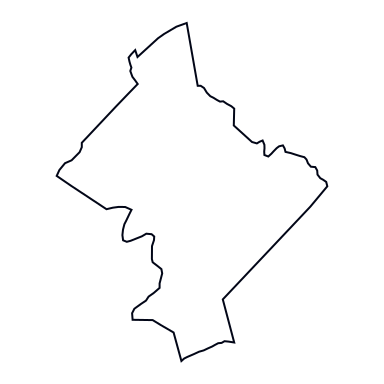 Santa Luzia, Paraíba, Brazil (orthographic projection)
{"feature_id": "56859067B37147580586043", "entity_name": "Santa Luzia", "entity_type": "district", "adm_level": 2, "iso_a3": "BRA", "parent_name": "Brazil", "parent_adm1": "Paraíba", "projection": "orthographic", "projection_center": [-36.906, -6.919], "detail": "fine", "context": "isolated", "style": "outline", "palette": "ink", "viewbox_px": 384, "rotation_deg": 0, "n_neighbors": 0, "source": "geoboundaries", "source_scale": "gbopen_adm2", "svg_char_len": 1572}
<svg xmlns="http://www.w3.org/2000/svg" viewBox="0 0 384 384"><path d="M135.2,50.1L131.3,54.2L128.6,57.6L129.5,61.7L130.4,64.8L131.4,67.6L130.3,71.0L132.4,76.8L135.0,80.2L137.7,84.0L128.3,93.7L115.9,106.6L81.8,142.8L81.8,147.2L79.6,152.2L71.6,160.3L65.0,163.2L59.4,170.0L56.7,175.9L71.4,186.0L106.5,209.2L112.8,207.7L118.7,206.9L125.2,207.0L131.5,209.8L129.4,214.0L126.2,220.7L124.4,224.2L123.0,229.7L122.4,235.1L123.1,240.3L126.8,241.8L130.6,240.8L141.9,236.3L146.3,233.7L151.6,234.2L154.2,236.5L154.0,240.1L152.0,246.1L151.9,259.1L152.7,262.3L156.9,265.5L161.4,269.1L162.2,273.4L159.6,283.4L159.6,287.9L153.7,293.0L148.6,296.6L146.0,300.6L140.9,304.0L134.4,308.7L132.1,313.2L132.6,319.8L152.7,320.1L160.7,325.0L173.6,332.5L181.4,361.0L184.2,358.5L187.2,357.0L190.9,355.4L193.9,354.1L199.1,351.7L203.7,350.4L208.1,348.3L212.2,346.5L214.8,345.0L218.2,343.2L221.6,342.9L224.5,341.2L228.6,341.6L234.2,342.5L222.8,299.4L231.4,290.3L310.3,206.7L327.3,186.3L326.2,181.9L323.2,179.8L320.3,178.2L317.5,174.6L317.2,170.5L315.3,167.1L310.9,166.7L308.0,163.3L306.5,159.5L304.4,157.2L299.9,156.0L295.1,154.5L290.8,153.1L285.5,151.9L284.6,148.4L282.9,145.4L279.1,146.3L276.6,148.2L273.4,151.5L271.4,153.7L268.3,156.5L264.4,155.0L264.2,151.5L264.5,148.4L264.4,144.8L262.6,140.5L259.5,141.8L256.9,143.4L252.0,142.0L233.8,125.5L234.2,108.6L231.3,106.2L227.0,103.9L223.2,101.3L220.0,101.6L217.0,100.0L213.5,97.8L210.3,96.2L206.8,92.6L204.0,88.0L200.7,85.8L197.7,85.8L186.7,23.0L176.4,26.7L164.2,33.9L158.1,38.2L137.5,57.0L135.2,50.1Z" fill="none" stroke="#020617" stroke-width="2"/></svg>